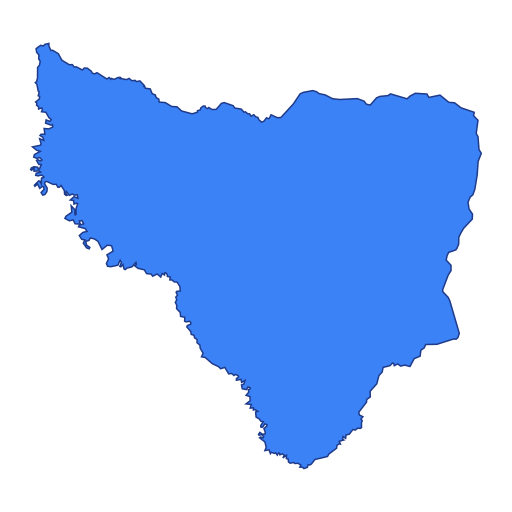 Chigorodó, Antioquia, Colombia
{"feature_id": "7082276B26986898364485", "entity_name": "Chigorodó", "entity_type": "district", "adm_level": 2, "iso_a3": "COL", "parent_name": "Colombia", "parent_adm1": "Antioquia", "projection": "albers", "projection_center": [-76.703, 7.613], "detail": "fine", "context": "isolated", "style": "filled", "palette": "blue", "viewbox_px": 512, "rotation_deg": 0, "n_neighbors": 0, "source": "geoboundaries", "source_scale": "gbopen_adm2", "svg_char_len": 5885}
<svg xmlns="http://www.w3.org/2000/svg" viewBox="0 0 512 512"><path d="M474.2,112.3L461.0,107.8L454.6,102.8L448.8,102.3L440.0,95.1L428.9,97.4L426.9,94.0L415.3,93.3L410.0,96.1L407.1,98.8L390.5,93.9L388.0,95.6L380.0,96.4L376.6,97.8L370.2,105.1L366.4,104.2L364.0,101.1L357.3,98.6L339.6,99.5L332.5,98.7L325.2,94.9L319.3,93.7L316.3,91.6L312.6,90.6L303.2,92.4L300.1,93.9L293.3,104.0L280.9,117.5L277.3,117.7L271.0,114.8L269.6,117.9L268.2,118.7L266.5,117.8L264.0,121.1L261.8,122.2L258.9,119.8L257.9,117.4L255.6,116.8L253.8,114.7L251.2,116.2L249.5,113.8L248.0,113.9L245.3,111.8L244.0,112.2L241.3,109.1L234.6,108.0L233.2,105.7L224.2,102.6L221.4,103.4L216.2,109.4L211.9,109.5L208.8,107.5L207.7,108.6L205.5,107.6L205.1,106.1L203.3,106.0L200.8,107.9L200.3,109.9L197.5,110.7L197.3,112.3L192.1,113.8L181.6,111.0L177.0,106.8L171.7,106.5L165.3,102.6L159.2,102.1L158.8,99.1L156.2,97.6L155.3,94.9L152.2,93.7L150.2,88.9L145.2,88.2L144.8,86.5L143.8,86.4L144.2,85.4L139.9,80.9L136.3,81.6L135.2,80.4L131.8,80.7L129.1,78.4L126.7,79.6L122.0,78.8L120.2,77.4L120.1,78.6L118.2,77.4L114.1,79.4L111.3,78.4L110.8,79.3L109.1,77.5L106.9,79.0L97.0,72.7L94.4,73.9L92.1,73.0L91.4,71.3L87.4,68.2L84.3,68.0L82.4,70.0L76.5,66.9L74.2,67.0L72.3,64.6L69.2,64.7L61.9,60.2L58.3,53.7L52.7,50.3L51.0,50.5L48.9,46.1L48.9,43.4L44.8,44.4L43.3,46.0L40.7,45.3L36.1,48.6L36.6,52.2L38.9,55.0L38.7,59.0L40.2,61.2L39.5,65.1L37.6,67.4L37.5,77.9L36.6,81.6L35.3,82.6L36.9,84.3L38.2,91.1L39.2,92.1L38.2,95.8L39.7,96.3L39.3,99.0L35.6,102.0L36.8,103.1L36.6,105.3L38.5,106.6L38.6,109.0L41.8,107.9L42.4,109.2L41.5,111.7L45.9,112.3L49.0,117.8L51.2,119.5L49.8,121.4L46.1,119.9L45.6,123.2L51.0,125.1L52.5,124.7L52.7,127.1L48.8,128.9L44.1,128.5L44.9,134.2L41.1,134.2L40.0,135.5L42.9,137.3L43.8,140.4L39.6,138.7L41.1,143.8L40.6,145.2L32.5,146.9L36.6,150.2L40.3,151.3L34.4,154.6L33.7,157.1L37.0,158.4L39.6,157.5L42.0,160.0L40.4,161.0L37.8,159.7L36.5,160.4L38.8,164.4L41.3,164.5L39.4,169.1L38.3,169.3L37.8,167.3L34.0,166.7L31.3,168.0L30.7,169.6L31.6,170.3L34.1,167.9L34.0,171.2L39.1,170.9L40.6,172.2L36.2,173.2L35.7,175.3L38.0,175.9L41.5,175.0L43.8,176.7L43.8,177.5L41.5,178.1L41.3,183.9L39.9,181.2L38.7,180.9L34.4,185.2L34.9,186.3L37.5,184.1L39.8,188.4L42.3,186.5L43.8,186.8L43.9,189.5L41.1,192.5L42.7,195.1L44.8,194.6L46.9,191.6L47.2,188.1L44.5,183.5L45.5,181.6L46.8,181.5L53.2,184.4L56.3,184.3L57.9,187.3L59.6,187.1L61.0,185.4L64.3,190.5L64.6,194.2L66.2,195.5L67.2,195.2L65.4,193.1L66.3,191.4L69.4,195.3L72.5,194.0L74.3,195.2L77.2,194.8L77.9,198.2L74.0,196.7L70.3,200.0L73.6,200.5L74.0,204.1L76.6,203.1L77.7,203.8L76.0,208.7L76.0,214.4L75.3,214.9L74.8,213.9L75.0,209.9L71.2,205.8L71.8,212.2L65.9,216.3L64.9,218.4L69.5,220.8L73.2,219.9L75.1,223.8L80.3,224.1L79.3,221.0L81.9,220.6L83.7,223.8L79.3,225.2L78.5,226.8L85.3,228.6L87.0,231.4L82.9,232.4L79.3,235.5L81.7,239.3L84.9,239.9L83.3,243.2L86.6,247.9L89.2,248.8L89.8,247.4L86.6,245.1L85.7,241.4L89.0,240.4L90.3,237.9L94.6,239.0L98.1,241.5L102.0,249.5L107.3,245.2L111.6,245.7L113.1,251.1L106.9,254.9L108.6,258.7L106.4,263.6L107.6,266.3L110.9,266.7L117.9,265.2L120.1,260.2L121.4,262.4L119.8,266.4L120.9,266.8L122.9,264.5L124.1,269.1L125.3,269.6L126.9,268.1L131.9,266.9L135.9,262.4L136.4,264.4L134.8,265.9L138.1,268.4L144.3,269.8L146.6,273.6L151.1,274.1L152.7,276.2L157.3,274.0L160.7,277.1L162.2,273.5L164.5,275.0L164.7,272.9L165.6,272.6L167.3,274.6L167.4,276.5L170.3,277.0L169.8,279.9L172.1,280.0L174.2,281.9L177.1,282.1L179.8,286.4L180.3,291.0L176.9,291.3L176.1,292.2L177.5,295.2L175.8,297.1L176.7,300.0L175.3,302.4L176.7,305.0L176.6,308.7L180.2,312.4L180.6,316.4L184.8,317.3L184.6,321.2L186.1,321.9L189.6,321.3L190.8,322.5L190.7,324.1L187.3,325.6L186.8,326.9L190.8,331.6L191.2,334.4L194.1,335.3L194.5,337.8L197.1,339.5L197.0,342.7L199.9,345.1L200.2,348.2L203.1,353.2L201.5,356.8L205.1,357.4L212.3,363.7L218.3,366.5L220.7,368.7L224.8,367.4L228.7,373.9L231.7,373.5L234.0,375.5L235.5,374.4L238.2,375.7L238.6,376.9L236.4,378.6L236.4,380.2L241.0,379.4L241.6,382.4L245.0,380.5L243.8,384.1L241.5,384.9L242.3,388.8L246.5,389.6L247.9,387.0L250.2,387.7L250.1,389.0L248.4,389.6L248.7,392.2L246.1,395.3L249.9,396.6L250.2,400.7L246.0,403.9L251.3,404.5L250.2,408.1L253.4,407.8L253.4,410.0L254.7,409.5L257.8,411.3L255.6,412.0L256.1,417.1L259.5,419.1L260.8,421.2L263.3,421.7L260.7,425.6L261.0,427.2L262.6,427.2L264.9,423.8L266.9,424.7L266.8,426.0L263.9,428.6L265.3,432.2L264.9,434.2L262.3,434.1L259.8,432.4L258.5,434.5L259.0,435.2L261.8,434.7L263.7,436.5L263.0,437.9L260.7,437.0L259.6,437.8L264.9,441.9L266.2,447.3L264.9,450.6L269.0,449.8L270.4,453.6L271.2,452.3L274.5,453.4L275.7,452.8L277.3,455.1L278.6,452.9L279.6,453.3L279.9,454.8L282.5,453.9L284.3,455.2L282.9,457.9L286.5,455.3L286.4,458.6L288.2,459.1L288.5,462.0L290.2,463.2L293.4,462.5L294.9,463.5L298.1,463.3L300.9,465.1L299.8,467.1L302.5,467.2L303.9,468.6L307.4,467.3L308.1,464.7L309.8,465.0L311.4,464.0L314.9,459.5L327.5,456.5L328.8,454.1L336.6,448.2L336.9,445.4L339.1,443.8L340.4,444.1L339.2,441.3L343.8,440.0L342.6,439.2L343.1,436.6L345.6,438.3L346.1,434.9L349.3,434.2L352.9,429.5L355.3,430.1L357.7,428.1L360.3,428.4L361.5,427.6L361.5,422.2L362.3,420.9L361.0,419.0L362.9,416.7L359.4,415.0L358.8,412.2L366.5,402.2L366.7,399.5L370.3,396.9L370.1,391.3L376.8,383.8L378.9,375.6L382.2,372.0L383.1,367.4L389.9,365.7L392.6,363.0L393.8,363.6L394.3,365.7L397.6,363.9L400.7,366.1L404.7,365.1L410.0,366.5L414.2,358.6L420.1,356.2L420.9,350.2L424.2,347.9L425.7,344.5L436.9,344.3L453.2,339.1L456.3,339.1L457.9,337.5L459.3,333.4L449.9,301.1L448.2,297.4L442.7,291.6L442.8,289.3L448.3,274.9L451.0,270.7L451.0,265.3L446.2,260.1L447.1,255.6L448.7,252.4L455.8,249.9L457.0,248.2L458.7,244.1L458.8,237.3L460.9,232.9L463.7,228.2L472.3,219.1L472.5,214.1L469.1,209.1L468.0,202.3L470.1,197.2L472.9,194.7L474.8,189.4L477.2,174.9L478.1,161.5L481.3,153.3L479.0,149.6L478.0,136.7L476.2,133.4L478.0,120.3L473.6,115.8L474.2,112.3Z" fill="#3b82f6" stroke="#1e3a8a" stroke-width="1.5"/></svg>